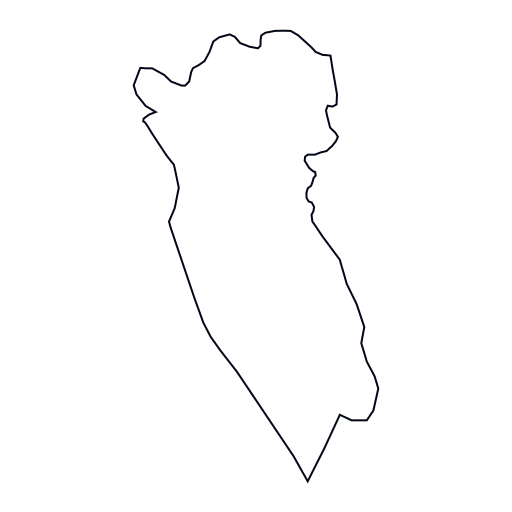 outline of Al Firdous, Eastern Darfur, Sudan
{"feature_id": "16777658B1174782743239", "entity_name": "Al Firdous", "entity_type": "district", "adm_level": 2, "iso_a3": "SDN", "parent_name": "Sudan", "parent_adm1": "Eastern Darfur", "projection": "natural_earth1", "projection_center": [25.904, 10.88], "detail": "fine", "context": "isolated", "style": "outline", "palette": "ink", "viewbox_px": 512, "rotation_deg": 0, "n_neighbors": 0, "source": "geoboundaries", "source_scale": "gbopen_adm2", "svg_char_len": 1816}
<svg xmlns="http://www.w3.org/2000/svg" viewBox="0 0 512 512"><path d="M330.5,55.6L326.0,55.1L322.7,54.9L315.6,51.9L311.4,47.3L298.2,35.3L290.6,30.9L283.7,30.7L275.0,30.9L265.5,32.7L261.3,35.4L260.6,39.8L260.5,45.7L258.0,48.3L249.5,46.7L240.2,43.1L234.9,36.9L229.7,34.4L219.2,37.3L213.3,41.5L209.5,51.9L204.5,61.1L198.4,65.3L193.0,68.1L191.2,72.0L189.2,81.4L185.2,85.6L181.6,85.6L171.0,81.5L164.3,75.0L152.2,68.3L145.5,68.3L140.3,67.9L133.7,85.3L136.5,94.5L145.7,106.0L155.7,112.0L149.1,114.6L143.6,118.6L143.5,119.6L143.2,121.3L145.1,122.5L146.3,124.3L147.1,125.4L152.2,133.7L155.8,139.2L155.8,139.3L157.3,141.5L166.5,155.4L171.6,161.9L173.5,164.2L173.9,164.8L174.8,168.6L176.5,176.7L178.4,185.9L178.8,187.7L178.4,189.7L176.0,201.6L175.8,202.8L175.3,205.4L175.0,206.7L174.6,208.5L170.5,218.0L170.1,219.1L169.0,221.5L170.5,227.2L194.4,298.0L200.9,315.9L203.4,322.8L210.7,336.9L220.7,350.9L236.9,371.7L293.5,456.1L307.7,481.3L313.2,470.4L324.4,448.2L331.9,432.0L339.7,415.1L339.8,414.8L351.6,420.3L365.9,420.3L366.8,420.3L373.4,410.5L378.3,388.5L374.7,376.5L366.8,361.6L364.8,354.8L361.3,343.2L364.3,327.0L358.2,308.8L356.4,303.6L356.1,303.0L346.7,283.8L345.8,280.6L343.7,273.2L342.1,267.9L339.8,259.7L338.3,257.7L322.6,236.6L315.7,226.3L312.4,221.5L312.2,220.0L311.7,216.1L311.5,215.0L313.2,211.5L313.5,210.9L314.1,206.9L311.8,202.6L308.6,201.4L306.6,197.9L306.4,193.1L307.7,188.3L311.1,185.8L312.4,182.3L313.7,177.8L315.7,175.6L315.6,175.4L315.2,172.0L313.1,171.3L309.2,168.0L304.7,160.7L305.1,156.7L307.7,154.7L313.9,154.7L314.8,154.7L320.8,152.4L326.6,151.0L331.6,146.4L332.2,145.9L336.1,140.9L337.9,136.9L335.7,133.1L330.1,127.6L326.9,115.0L326.0,110.2L327.8,105.7L331.8,106.5L332.0,106.4L332.7,106.5L336.5,104.5L337.0,94.5L334.8,81.4L332.6,69.3L330.5,55.6Z" fill="none" stroke="#020617" stroke-width="2"/></svg>